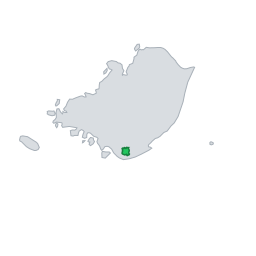 location of Yangsan-si, South Gyeongsang, South Korea, rotated 49°
{"feature_id": "91817680B11624916188823", "entity_name": "Yangsan-si", "entity_type": "district", "adm_level": 2, "iso_a3": "KOR", "parent_name": "South Korea", "parent_adm1": "South Gyeongsang", "projection": "robinson", "projection_center": [129.018, 35.401], "detail": "fine", "context": "in_parent", "style": "filled", "palette": "green", "viewbox_px": 256, "rotation_deg": 49, "n_neighbors": 0, "source": "geoboundaries", "source_scale": "gbopen_adm2", "svg_char_len": 4071}
<svg xmlns="http://www.w3.org/2000/svg" viewBox="0 0 256 256"><g transform="rotate(49 128 128)"><path d="M78.2,65.8L79.0,65.2L79.1,64.3L79.1,61.3L81.5,59.3L85.0,55.1L86.7,52.8L88.6,50.6L90.8,49.2L93.0,48.5L96.4,48.2L102.9,48.5L104.2,48.2L108.7,48.0L109.8,48.4L113.1,48.6L116.7,48.4L118.6,47.7L120.3,46.7L121.8,44.8L123.3,41.2L125.0,38.4L125.9,37.9L132.6,52.8L139.0,62.3L144.4,69.3L152.2,82.7L154.5,89.8L154.7,94.3L156.0,100.4L154.9,103.9L155.3,109.4L154.8,112.2L153.8,114.3L153.8,118.3L154.1,120.4L154.1,123.3L154.8,124.4L155.7,124.8L157.1,123.7L158.8,123.3L158.5,126.7L156.4,135.4L154.6,141.7L152.1,147.1L148.9,152.2L145.1,154.1L142.4,154.8L137.3,155.1L133.1,154.2L129.4,154.8L128.0,155.9L126.9,157.7L127.7,160.5L127.6,162.5L126.0,162.4L122.9,161.2L119.5,161.0L117.9,160.4L116.3,157.5L114.6,157.6L111.7,159.3L107.3,159.7L105.8,160.6L105.2,161.9L105.9,163.4L108.1,165.4L107.3,167.5L105.0,168.5L103.2,166.0L102.0,163.5L100.7,163.4L98.7,164.1L98.3,166.8L99.2,168.6L100.8,170.7L98.6,173.1L98.0,174.8L96.4,176.1L92.2,173.3L92.9,171.4L94.7,169.5L94.9,167.5L94.3,166.4L88.3,171.3L84.6,176.9L82.6,176.5L81.8,175.0L80.6,174.5L76.6,178.1L75.8,180.9L74.4,181.0L73.7,179.8L73.7,177.2L73.0,175.1L68.9,171.9L67.0,169.1L68.1,167.5L71.5,168.4L74.3,168.3L73.7,166.9L72.8,166.3L74.7,165.6L76.2,164.0L74.9,163.6L73.0,164.5L71.4,164.1L70.8,160.4L68.9,156.7L67.9,153.1L69.9,151.0L70.9,147.8L72.7,143.1L73.6,141.6L76.1,140.5L77.0,139.2L75.6,138.6L73.5,138.1L73.5,136.7L75.0,136.0L76.7,134.5L79.9,132.7L80.9,129.2L80.0,128.4L78.0,127.6L78.5,125.8L79.3,124.5L79.0,123.7L76.7,121.5L75.1,119.5L75.6,117.2L75.3,113.7L75.5,110.7L75.4,109.1L74.3,105.6L73.8,102.0L72.3,102.5L71.1,103.4L66.8,102.1L65.4,102.0L64.9,99.4L66.5,96.1L70.2,93.2L72.3,92.8L73.9,91.5L76.4,91.1L79.4,93.1L82.1,93.5L83.6,96.9L84.5,97.6L84.7,96.4L86.8,94.9L87.4,93.8L86.9,93.2L84.4,92.6L82.2,88.4L81.9,86.5L81.1,85.4L82.3,82.0L79.8,78.2L78.5,77.0L78.8,73.5L77.4,71.3L76.7,70.1L76.2,68.0L76.6,67.1L77.8,66.7L78.2,65.8ZM68.4,217.4L67.1,218.1L65.9,217.7L65.6,217.3L64.2,215.4L63.9,214.4L64.9,212.6L68.7,209.5L78.7,206.5L80.5,206.4L84.5,207.7L85.3,210.0L84.6,212.1L83.6,213.4L79.1,215.8L75.5,216.9L68.4,217.4ZM135.8,164.9L133.2,167.0L129.7,164.2L128.8,162.7L131.5,160.5L133.8,157.9L135.3,157.7L135.8,164.9ZM117.1,164.7L116.7,167.9L114.8,168.1L113.6,166.0L112.4,167.0L111.7,167.0L110.8,164.4L110.6,162.4L112.9,160.8L114.3,161.8L116.3,162.2L117.1,164.7ZM66.1,179.2L64.3,179.7L63.3,178.5L62.6,178.2L63.0,176.7L66.0,173.8L66.5,172.7L69.2,173.4L70.2,174.9L68.9,177.3L66.1,179.2ZM75.1,67.3L74.9,71.7L73.4,71.5L72.4,71.1L71.9,70.2L70.9,66.2L72.1,64.5L74.3,65.8L75.1,67.3ZM64.5,167.2L64.1,168.0L62.9,167.7L61.7,165.4L61.2,163.6L60.0,162.6L61.9,161.0L64.4,163.9L64.5,167.2ZM71.9,108.6L71.5,110.8L69.6,109.4L69.2,104.7L71.0,106.0L71.9,108.6ZM195.6,75.9L194.3,76.9L192.8,75.9L192.6,74.9L193.4,74.0L195.2,73.4L196.0,74.2L195.6,75.9ZM80.5,180.0L81.0,181.6L78.7,181.3L77.6,179.8L77.7,178.5L79.1,178.3L80.5,180.0ZM109.6,171.0L109.3,172.1L107.9,170.5L109.3,168.8L109.6,171.0Z" fill="#d9dde1" stroke="#a8b0b8" stroke-width="1"/><path d="M143.0,140.6L142.6,141.0L142.5,141.3L142.4,141.5L142.0,141.5L141.8,141.6L141.8,141.8L141.9,142.0L142.0,142.1L142.0,142.4L142.1,142.7L142.0,142.9L141.9,143.1L141.4,143.1L141.1,143.1L140.9,143.2L140.7,143.4L140.4,143.6L140.5,143.9L140.7,144.1L140.8,144.2L140.7,144.5L140.1,144.7L139.8,145.0L139.6,145.3L139.6,145.6L139.6,145.9L139.7,146.0L139.9,146.1L140.1,146.1L140.4,146.2L140.6,146.3L140.8,146.4L141.0,146.4L141.1,146.7L141.2,146.8L141.3,146.9L141.6,147.1L141.8,147.1L142.0,147.3L142.2,147.9L142.3,148.0L142.5,148.3L142.7,148.5L142.8,148.6L143.2,149.0L143.4,149.2L143.9,149.2L144.2,149.1L146.2,148.1L146.3,147.9L146.5,147.4L146.6,147.1L146.7,146.7L146.9,146.3L147.2,146.4L147.6,146.7L148.3,146.7L148.4,146.4L148.6,145.7L148.5,145.4L148.6,145.2L148.8,145.0L148.9,144.8L148.9,144.5L148.8,144.3L148.6,144.0L148.0,144.0L147.6,144.0L147.4,143.8L147.1,143.6L146.5,143.1L146.2,142.2L145.6,141.7L145.1,141.5L144.1,141.2L143.8,141.1L143.0,140.7L143.0,140.6Z" fill="#22c55e" stroke="#15803d" stroke-width="1.5"/></g></svg>